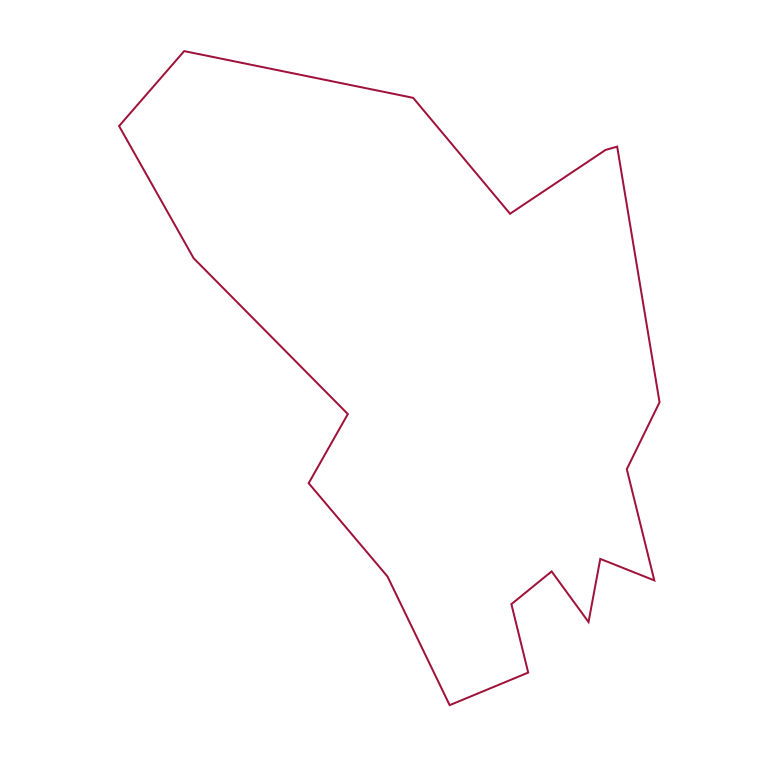 Ikotos, Eastern Equatoria, South Sudan, rotated 185°
{"feature_id": "79223893B75846050285915", "entity_name": "Ikotos", "entity_type": "district", "adm_level": 2, "iso_a3": "SSD", "parent_name": "South Sudan", "parent_adm1": "Eastern Equatoria", "projection": "equal_earth", "projection_center": [33.072, 4.082], "detail": "fine", "context": "isolated", "style": "outline", "palette": "rose", "viewbox_px": 768, "rotation_deg": 185, "n_neighbors": 0, "source": "geoboundaries", "source_scale": "gbopen_adm2", "svg_char_len": 416}
<svg xmlns="http://www.w3.org/2000/svg" viewBox="0 0 768 768"><g transform="rotate(185 384 384)"><path d="M172.4,640.8L183.7,636.5L273.3,564.6L379.9,671.6L612.1,698.2L670.4,617.9L584.6,492.7L417.4,350.9L450.4,278.6L363.7,192.5L290.6,69.8L215.2,109.1L237.9,175.8L200.7,211.9L159.5,164.7L153.3,228.6L97.6,211.9L134.7,320.3L107.9,389.8L149.6,552.0L172.4,640.8Z" fill="none" stroke="#9f1239" stroke-width="2"/></g></svg>